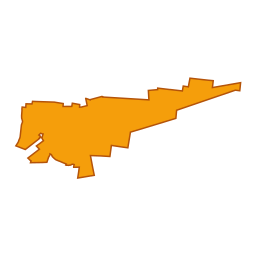 the district of Ucú, Yucatán, Mexico, rotated 91°
{"feature_id": "50627088B57657804580425", "entity_name": "Ucú", "entity_type": "district", "adm_level": 2, "iso_a3": "MEX", "parent_name": "Mexico", "parent_adm1": "Yucatán", "projection": "natural_earth1", "projection_center": [-89.766, 21.088], "detail": "fine", "context": "isolated", "style": "filled", "palette": "amber", "viewbox_px": 256, "rotation_deg": 91, "n_neighbors": 0, "source": "geoboundaries", "source_scale": "gbopen_adm2", "svg_char_len": 1854}
<svg xmlns="http://www.w3.org/2000/svg" viewBox="0 0 256 256"><g transform="rotate(91 128 128)"><path d="M108.9,234.2L110.7,234.4L112.6,234.3L117.4,234.6L120.0,234.5L122.9,233.6L123.9,233.6L126.7,234.6L135.5,235.4L138.7,235.7L139.9,236.0L140.9,236.4L142.1,236.9L143.5,237.3L144.2,237.6L147.8,239.8L151.3,230.3L140.1,216.4L139.9,216.7L139.0,215.7L138.8,215.9L138.5,215.6L137.8,215.4L136.6,217.0L134.8,215.3L135.3,213.9L135.5,212.8L138.7,213.7L139.0,213.7L139.0,214.3L142.2,212.3L147.6,219.3L150.7,216.2L159.8,227.6L162.6,224.6L162.8,224.6L162.8,224.4L164.4,224.9L164.0,213.2L163.7,208.5L158.6,206.9L158.4,206.8L156.9,205.9L156.4,205.7L155.2,205.6L155.6,204.7L156.0,204.1L156.6,203.8L157.0,203.5L157.8,203.3L160.1,200.8L161.0,199.6L161.6,198.1L161.7,197.7L162.0,197.2L162.5,195.6L163.7,192.7L165.1,189.1L166.1,189.6L166.2,189.4L166.3,189.2L166.3,188.1L166.3,187.8L166.3,187.4L166.4,186.8L166.2,185.9L166.1,184.8L165.7,184.0L165.2,183.3L165.2,182.9L165.3,181.9L165.5,181.2L167.3,181.6L168.2,181.6L168.2,180.8L168.2,180.4L168.0,176.0L172.9,176.6L178.9,177.4L177.8,171.3L176.5,164.4L176.5,164.2L175.9,160.9L169.2,162.4L156.2,165.1L156.4,154.7L156.8,145.6L145.7,144.3L147.1,133.6L147.2,132.8L147.8,127.8L142.3,127.0L132.1,125.5L124.5,101.8L121.4,92.2L117.5,80.3L109.4,79.7L106.0,70.3L88.3,21.3L88.8,16.9L86.7,16.7L80.7,16.2L86.1,44.3L79.2,43.6L78.8,48.8L78.0,57.6L77.1,66.9L85.8,68.4L85.1,73.5L90.0,74.3L88.8,86.6L88.8,87.3L87.6,99.0L89.1,99.0L90.1,108.3L99.5,107.6L97.5,153.2L97.4,153.1L96.9,154.6L97.0,154.9L100.2,166.0L100.6,166.2L99.1,170.7L99.2,170.8L106.3,169.2L106.9,171.3L107.5,173.7L107.9,175.1L107.9,176.5L108.0,176.6L108.0,176.8L105.4,176.7L104.2,184.1L107.4,184.6L107.6,193.3L104.7,193.2L104.2,196.7L103.4,202.2L103.1,221.6L103.0,223.9L105.6,224.4L105.6,230.4L109.2,230.6L108.9,234.2Z" fill="#f59e0b" stroke="#b45309" stroke-width="1.5"/></g></svg>